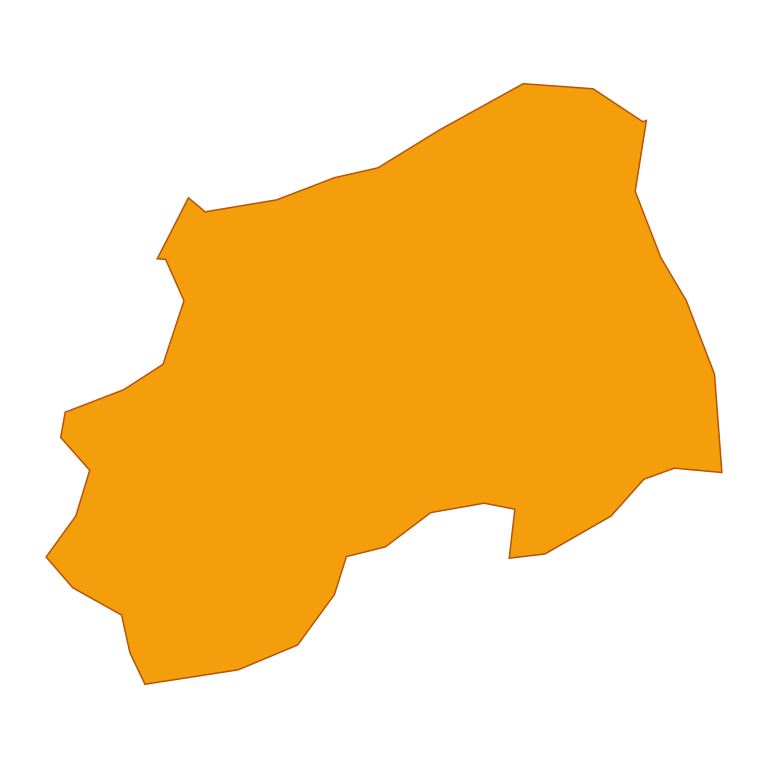 Aileu, Robinson projection
{"feature_id": "TLS-544", "entity_name": "Aileu", "entity_type": "District", "adm_level": 1, "iso_a3": "TLS", "parent_name": "East Timor", "parent_adm1": "", "projection": "robinson", "projection_center": [125.606, -8.71], "detail": "fine", "context": "isolated", "style": "filled", "palette": "amber", "viewbox_px": 768, "rotation_deg": 0, "n_neighbors": 0, "source": "natural_earth", "source_scale": "10m", "svg_char_len": 675}
<svg xmlns="http://www.w3.org/2000/svg" viewBox="0 0 768 768"><path d="M523.2,83.7L593.1,88.8L642.7,121.7L646.4,120.5L635.2,191.3L660.8,257.5L686.3,300.7L714.5,374.2L721.9,472.5L674.3,468.2L643.8,479.3L611.1,516.0L544.9,554.0L509.2,558.2L514.9,509.2L484.0,503.2L430.7,512.6L408.1,529.7L385.5,546.8L346.4,556.6L334.4,594.6L297.6,645.0L238.2,669.8L152.9,683.0L145.0,684.3L129.9,652.7L121.6,615.1L72.8,587.8L46.1,557.0L75.8,516.0L89.7,470.3L60.7,437.4L65.2,412.2L123.9,389.6L163.0,364.3L184.0,300.7L165.6,259.3L157.2,258.8L169.0,235.8L188.4,197.8L205.1,211.8L276.5,199.9L334.4,177.7L378.0,167.8L439.7,129.8L523.2,83.7Z" fill="#f59e0b" stroke="#b45309" stroke-width="1.5"/></svg>